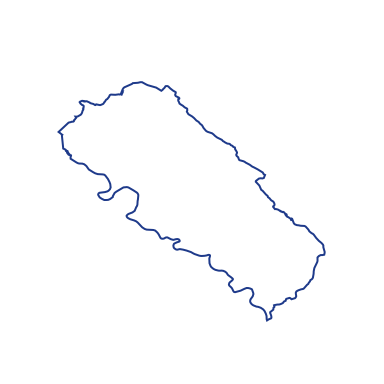 outline of Yumbo, Valle del Cauca, Colombia, rotated 114°
{"feature_id": "7082276B37421860048311", "entity_name": "Yumbo", "entity_type": "district", "adm_level": 2, "iso_a3": "COL", "parent_name": "Colombia", "parent_adm1": "Valle del Cauca", "projection": "equal_earth", "projection_center": [-76.519, 3.595], "detail": "fine", "context": "isolated", "style": "outline", "palette": "blue", "viewbox_px": 384, "rotation_deg": 114, "n_neighbors": 0, "source": "geoboundaries", "source_scale": "gbopen_adm2", "svg_char_len": 6034}
<svg xmlns="http://www.w3.org/2000/svg" viewBox="0 0 384 384"><g transform="rotate(114 192 192)"><path d="M211.0,316.4L212.0,309.6L212.1,308.1L211.9,306.7L210.7,303.8L210.5,301.7L211.2,299.1L213.4,295.4L214.1,290.4L214.3,288.0L214.0,285.4L212.2,280.6L211.9,279.2L212.2,277.9L214.3,274.1L216.4,271.5L218.0,269.9L220.9,268.2L222.9,268.1L224.8,268.8L225.8,269.5L227.5,271.5L230.4,276.3L231.4,276.8L232.5,276.7L233.0,276.3L234.5,274.1L234.9,271.6L235.0,268.9L234.2,267.1L233.3,265.4L231.7,263.9L228.8,262.3L227.9,262.6L224.3,262.3L222.5,261.3L215.7,256.5L214.0,253.5L213.7,251.9L214.3,246.3L215.0,242.0L215.4,241.1L216.2,240.1L217.1,239.6L220.7,238.4L222.4,238.0L225.9,236.7L227.6,236.6L228.4,236.8L232.5,236.7L234.9,238.1L237.7,240.9L238.7,241.6L239.5,241.9L240.2,242.1L240.8,241.8L241.2,241.4L241.6,240.7L241.9,239.5L242.0,237.4L241.5,233.3L241.5,231.0L242.0,229.1L244.5,223.2L245.0,220.2L244.8,218.1L242.4,211.8L242.2,209.9L243.1,207.3L243.6,206.3L244.5,204.9L246.6,202.3L246.9,201.6L247.0,201.0L246.7,199.9L246.3,199.2L245.8,198.6L244.3,197.5L243.6,196.4L243.5,195.7L243.7,192.1L243.4,190.0L243.2,189.4L241.8,187.7L241.1,186.6L240.8,185.9L240.7,184.7L241.2,183.7L241.6,183.4L242.1,183.3L242.5,183.5L244.3,185.5L246.3,187.2L246.8,187.4L248.3,187.3L249.7,186.5L250.3,185.9L250.7,185.0L251.0,183.1L250.7,182.0L249.3,180.2L249.0,179.5L248.3,176.8L247.7,173.1L247.3,168.4L247.6,165.5L247.6,164.0L247.2,159.5L246.9,158.2L246.5,157.1L245.3,154.8L244.2,153.1L242.8,151.5L242.4,150.5L242.5,150.1L242.6,149.8L243.2,149.5L245.8,149.1L250.0,147.0L251.8,145.2L252.5,144.3L252.9,143.3L253.5,141.1L253.6,139.0L253.1,136.1L252.8,135.1L251.7,132.8L251.3,131.3L251.3,129.3L251.8,127.5L253.0,125.7L253.3,124.9L254.0,121.6L254.5,119.9L254.8,119.3L255.3,119.1L256.5,119.4L259.1,120.7L259.9,120.9L261.4,120.7L262.1,120.2L262.5,119.5L263.1,117.6L263.7,116.3L265.8,113.8L266.1,113.2L266.2,112.8L266.0,111.9L262.4,107.5L259.1,104.7L257.5,103.1L256.8,101.4L256.5,99.5L256.5,98.2L256.6,97.6L259.2,95.1L260.2,94.4L262.7,94.1L265.9,94.8L267.2,94.8L268.6,94.2L269.2,93.6L270.1,92.1L270.5,90.6L270.6,89.6L270.5,86.6L270.0,84.8L269.8,82.1L270.3,79.2L271.3,77.2L273.2,75.0L274.9,73.5L277.9,72.0L278.8,71.2L277.1,70.1L275.3,68.4L275.0,68.3L274.1,68.5L273.6,68.8L272.6,69.5L270.7,71.4L270.0,71.7L266.4,69.9L264.5,70.5L263.5,70.0L263.1,70.1L262.1,71.0L261.9,70.8L260.2,68.4L259.2,66.4L258.2,65.3L256.6,63.9L254.6,63.4L253.3,62.2L251.8,62.5L251.2,62.3L249.1,59.9L249.0,58.9L249.5,57.5L247.1,54.7L246.2,54.4L244.8,54.4L242.8,55.7L241.8,56.2L240.5,56.2L239.3,55.5L238.1,54.4L236.5,52.7L235.9,51.8L235.1,50.8L234.4,50.5L229.9,49.1L228.7,48.4L227.3,48.4L225.8,47.9L224.3,48.0L223.4,47.3L222.3,46.8L221.1,46.7L217.4,47.6L214.8,48.6L211.7,49.3L205.3,49.1L203.9,49.3L200.8,50.7L200.3,50.6L198.8,50.0L197.3,48.8L196.5,47.1L195.5,45.7L193.6,46.1L192.7,46.5L189.1,49.5L187.4,50.3L186.8,51.0L185.9,53.0L185.0,56.3L183.5,59.8L181.4,63.5L181.0,64.8L181.0,66.0L180.2,68.8L179.0,70.4L177.4,74.0L177.3,74.8L177.3,75.5L178.7,79.2L179.0,80.8L179.6,82.7L179.7,84.7L179.5,85.5L179.1,86.3L175.8,89.6L175.7,90.2L176.0,90.4L177.1,89.6L177.3,90.0L176.4,91.0L176.2,91.6L175.8,93.9L175.9,94.8L175.7,95.6L175.2,96.5L175.0,96.3L174.8,96.7L174.6,96.1L174.3,96.3L174.3,96.6L174.0,96.8L174.1,97.0L173.7,98.5L173.1,99.7L173.1,100.8L173.5,101.0L173.6,101.9L173.3,103.3L173.6,103.4L173.2,105.2L173.1,106.5L173.4,108.2L173.9,109.3L172.6,111.8L172.1,112.0L171.1,111.4L170.1,111.4L168.9,112.2L168.1,113.2L167.7,113.9L167.4,116.1L167.1,116.9L166.2,118.6L165.8,120.5L164.9,121.2L164.8,121.7L164.5,122.3L164.3,123.3L162.1,128.1L162.0,128.9L161.8,129.7L158.7,133.1L156.7,137.9L156.1,138.1L155.7,138.0L152.5,136.3L151.5,134.8L151.0,133.2L150.0,132.1L146.7,132.2L146.6,133.7L145.4,135.3L144.6,141.2L144.3,145.6L144.3,147.2L143.6,150.4L143.3,154.9L143.0,156.2L143.0,157.6L143.6,161.6L143.5,161.9L142.6,163.0L141.5,163.9L140.9,165.8L140.6,166.2L140.1,166.7L138.0,166.8L137.5,167.0L136.1,168.8L135.6,169.8L133.9,170.9L134.0,172.7L133.4,173.7L133.4,175.7L132.9,176.5L132.8,177.6L133.3,179.0L133.4,179.9L133.2,182.4L133.0,183.0L132.9,184.4L132.2,186.0L132.0,191.1L131.4,193.7L130.6,195.9L130.2,197.6L130.7,202.4L130.4,204.2L128.8,207.5L127.0,209.9L126.3,212.5L125.3,214.4L124.9,217.1L123.6,220.2L122.9,222.8L122.4,226.9L120.7,229.4L119.4,229.5L118.0,230.2L117.8,230.6L117.7,232.7L117.4,234.0L116.9,235.5L116.7,237.4L116.3,239.4L115.3,240.3L114.2,241.7L112.8,242.3L112.1,241.6L111.5,241.7L111.1,242.5L111.0,245.7L110.7,246.3L110.1,246.9L108.4,247.1L107.5,247.4L107.4,247.6L107.1,250.5L106.2,254.1L105.3,256.4L105.2,257.3L105.4,258.0L106.1,259.2L108.0,259.5L109.7,260.2L110.8,260.5L112.0,261.2L111.2,267.2L112.4,275.8L112.4,277.5L112.0,282.3L112.8,284.0L114.2,285.8L116.6,290.3L117.8,290.9L123.8,296.3L124.7,296.8L126.4,297.1L128.6,297.0L127.9,296.6L127.9,296.3L128.6,296.5L128.9,295.9L129.3,295.8L130.0,295.9L130.0,296.3L130.7,295.9L131.7,295.9L131.7,296.9L132.4,297.8L132.5,298.5L134.4,301.6L136.0,305.7L136.6,306.2L137.0,306.5L138.8,306.5L141.6,307.2L142.3,307.8L143.1,308.1L145.0,308.3L145.4,308.6L147.1,308.8L147.8,309.1L149.4,310.6L150.0,311.3L150.2,312.0L150.9,315.2L151.8,315.5L152.0,315.9L151.7,317.9L152.2,321.1L151.9,321.7L151.9,325.1L152.3,325.7L152.6,326.8L153.0,326.8L153.3,328.0L153.0,328.2L153.4,329.5L155.0,331.0L155.6,331.2L156.6,329.8L157.2,327.8L157.1,326.8L157.4,326.0L158.4,325.5L159.4,325.5L159.8,325.2L160.3,325.3L160.4,325.0L161.0,324.8L162.3,325.0L164.4,324.7L165.6,324.8L166.7,325.1L169.4,327.1L169.9,327.6L170.5,329.1L171.1,328.2L171.5,328.0L172.5,328.4L173.3,328.4L174.2,328.9L174.8,328.9L175.3,328.7L175.6,328.8L176.2,329.3L176.6,330.3L177.4,331.1L178.5,332.6L178.9,333.0L191.4,338.3L192.5,333.8L193.0,334.0L204.7,327.3L204.7,324.9L205.0,324.2L205.6,324.1L205.8,323.8L205.7,323.5L205.2,322.7L205.2,322.4L205.4,322.2L206.5,322.4L207.0,322.0L207.3,321.5L207.2,321.4L206.5,321.4L206.4,321.1L206.9,320.5L207.4,319.3L207.6,319.3L207.6,320.3L207.9,320.3L208.1,320.0L208.1,319.1L207.8,318.1L207.7,317.5L208.1,317.2L209.4,317.2L211.0,316.4Z" fill="none" stroke="#1e3a8a" stroke-width="2"/></g></svg>